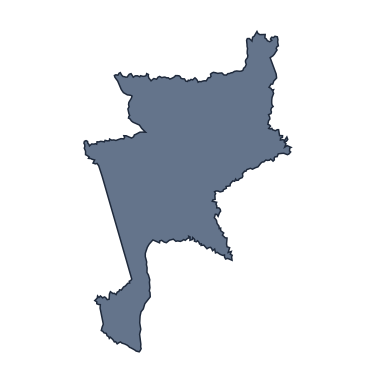 Soledade, Rio Grande do Sul, Brazil, rotated 342°
{"feature_id": "56859067B52528127445060", "entity_name": "Soledade", "entity_type": "district", "adm_level": 2, "iso_a3": "BRA", "parent_name": "Brazil", "parent_adm1": "Rio Grande do Sul", "projection": "robinson", "projection_center": [-52.521, -28.89], "detail": "fine", "context": "isolated", "style": "filled", "palette": "slate", "viewbox_px": 384, "rotation_deg": 342, "n_neighbors": 0, "source": "geoboundaries", "source_scale": "gbopen_adm2", "svg_char_len": 5724}
<svg xmlns="http://www.w3.org/2000/svg" viewBox="0 0 384 384"><g transform="rotate(342 192 192)"><path d="M285.1,151.1L286.8,147.9L288.6,146.7L289.0,144.8L288.7,142.1L291.4,141.8L292.3,140.4L292.3,138.3L293.8,136.4L295.6,135.8L295.0,133.7L295.3,132.0L296.2,129.3L297.3,126.9L300.1,123.4L300.0,121.2L301.2,119.9L299.5,119.6L299.1,117.8L297.6,116.2L299.3,114.9L300.4,113.8L302.1,114.3L304.1,111.7L306.0,110.7L307.7,109.7L308.5,105.8L307.8,88.4L311.0,87.5L313.0,86.3L315.0,84.6L316.8,83.2L316.4,81.6L317.6,80.1L319.3,79.7L319.5,78.0L319.8,75.8L320.8,73.7L321.1,70.8L319.0,69.5L317.3,70.3L315.5,69.4L313.9,70.8L314.7,72.4L312.4,73.1L310.4,71.4L310.0,69.5L308.9,67.9L310.3,64.8L305.2,63.3L303.7,61.6L303.4,59.4L299.2,63.1L297.5,63.5L295.7,67.0L293.9,63.7L292.0,63.2L290.8,64.6L290.3,66.9L289.9,68.8L289.4,70.4L289.2,72.6L288.0,75.2L287.3,77.4L287.3,79.3L286.5,81.1L285.5,82.0L284.3,82.7L283.3,83.9L283.0,85.4L283.1,87.4L281.3,89.4L279.3,90.3L278.3,91.8L276.6,92.3L274.8,92.0L273.2,91.3L271.9,90.7L269.6,90.4L267.4,91.0L266.1,90.7L264.4,90.9L262.7,90.5L260.9,91.4L258.6,90.6L257.2,88.0L254.7,87.4L253.2,87.2L251.0,85.7L249.3,84.8L247.7,85.0L246.0,85.6L245.8,87.9L244.4,88.8L242.8,88.3L241.1,89.7L239.9,90.7L238.0,90.0L236.2,89.8L234.7,89.9L233.2,89.2L231.7,89.5L231.6,87.7L231.0,85.9L230.1,84.3L228.7,84.9L227.3,85.6L225.8,84.6L224.2,85.3L223.0,84.5L222.0,85.5L220.4,84.7L219.8,82.1L218.0,81.4L216.7,80.5L216.4,78.7L215.6,77.5L214.3,76.9L212.3,76.2L211.0,77.0L209.5,77.4L207.5,77.7L205.8,77.7L204.7,76.0L203.2,75.6L201.7,74.3L200.2,74.0L198.6,73.9L196.9,72.1L195.2,72.3L193.2,73.8L190.8,72.3L189.0,72.9L187.4,73.6L186.9,72.1L186.2,70.4L186.2,68.2L186.9,66.8L185.5,65.4L184.2,67.2L182.2,67.2L180.8,66.7L179.0,65.5L177.9,66.3L176.0,64.6L173.9,64.0L171.6,64.7L171.2,62.9L170.6,60.6L168.8,60.6L167.3,61.5L166.2,62.6L164.7,62.4L163.3,61.4L162.0,60.8L161.2,59.0L160.7,56.3L159.4,56.5L157.6,58.0L155.8,57.0L154.2,57.2L154.1,58.8L154.6,60.5L155.6,63.5L156.4,72.7L157.5,76.3L160.5,79.6L163.6,81.1L164.6,82.2L163.4,84.0L159.7,87.2L158.7,89.1L158.5,91.5L156.7,93.2L156.2,98.1L156.4,99.9L155.3,100.6L154.4,102.1L155.5,103.1L156.4,105.8L157.6,107.5L162.7,112.1L163.8,115.9L166.3,120.8L163.6,119.8L160.9,119.0L156.3,119.8L154.8,119.9L153.5,121.5L151.2,122.0L146.8,118.2L144.6,117.4L144.8,119.2L143.5,120.4L141.0,119.3L139.1,119.3L137.1,119.4L135.6,119.5L133.7,118.3L131.6,117.9L130.0,116.2L129.3,117.7L127.4,117.3L125.3,116.0L124.2,117.2L120.9,115.6L118.7,115.5L117.2,114.9L116.1,117.1L115.0,116.2L113.6,116.2L111.4,115.3L108.7,116.5L108.7,114.9L108.0,113.6L108.3,111.6L107.1,110.4L105.3,110.6L104.3,112.2L104.6,113.9L104.2,115.5L103.1,117.0L103.4,120.2L102.3,123.6L103.5,124.8L105.0,126.9L103.9,128.0L106.0,128.9L107.1,130.0L109.3,131.4L106.8,133.9L108.8,135.4L110.5,135.5L111.4,138.3L111.4,149.3L111.0,161.0L109.2,215.5L108.8,226.7L108.5,236.7L107.8,256.2L106.5,257.2L104.7,257.5L104.6,259.3L102.6,259.0L99.7,260.8L97.5,261.2L94.5,263.5L92.9,262.6L91.7,264.0L90.0,264.1L88.1,266.1L86.8,264.3L85.4,264.1L83.6,261.6L81.9,263.6L80.1,268.3L78.1,268.2L77.2,265.6L76.2,264.7L74.3,265.1L72.8,262.6L70.9,263.6L70.1,261.7L69.0,263.7L66.0,265.2L67.5,267.0L66.9,268.8L68.2,270.0L70.0,270.8L68.7,274.0L66.8,290.3L64.8,292.7L62.9,295.7L64.2,297.1L64.7,298.7L66.8,300.0L66.8,302.4L68.1,303.9L68.1,305.7L69.5,304.9L71.2,308.0L71.8,310.6L73.1,310.7L73.9,313.3L75.9,312.7L77.7,312.5L78.7,314.1L80.9,315.6L82.9,317.5L83.9,318.9L84.6,320.4L85.8,321.4L87.0,322.7L88.7,324.5L89.6,325.9L90.8,326.7L92.4,327.7L93.6,326.9L95.2,325.3L95.3,323.5L96.3,321.0L98.2,311.1L100.9,306.7L101.8,300.4L104.3,293.9L106.5,290.2L109.6,288.1L112.6,283.7L119.9,278.8L121.0,274.6L120.8,272.9L122.4,270.0L123.6,264.6L124.7,262.5L124.9,257.5L124.3,254.6L125.9,250.1L126.2,247.0L127.3,244.5L127.6,239.0L128.7,235.8L132.5,230.7L135.2,228.3L140.0,225.5L145.4,230.3L146.3,228.5L148.2,228.6L150.0,231.0L151.9,232.3L155.6,230.9L159.7,231.1L161.4,233.9L163.3,234.1L165.7,235.4L167.7,235.2L169.5,234.7L170.6,235.9L173.6,234.7L175.0,234.8L175.2,233.1L176.3,234.2L175.1,237.3L177.8,237.3L178.6,235.6L179.8,237.9L179.1,239.5L180.7,240.7L182.2,240.1L183.1,242.0L183.1,243.8L184.8,244.2L184.1,245.6L186.8,246.2L188.7,250.6L190.8,250.1L192.6,250.4L193.2,252.1L193.4,254.2L195.9,253.3L195.5,257.2L197.3,257.1L199.5,260.0L201.5,261.7L203.4,262.0L202.8,263.6L203.2,266.1L205.4,266.2L209.0,269.3L209.6,266.0L210.7,264.6L209.2,263.1L211.0,260.7L207.7,260.7L210.6,256.6L208.4,254.9L208.8,252.1L211.1,246.6L209.4,245.8L207.6,242.4L209.5,240.8L207.3,237.6L208.1,235.2L206.6,235.3L207.1,232.8L206.1,229.7L206.5,226.7L206.1,225.2L205.3,223.4L207.3,220.4L208.7,220.9L209.3,223.2L211.8,220.1L213.3,219.1L213.5,217.2L212.7,215.4L210.6,214.7L211.3,213.0L211.1,210.9L212.3,209.4L208.4,207.1L209.4,206.0L211.7,206.2L212.8,202.0L214.0,200.9L213.5,198.7L215.3,198.5L217.1,199.2L218.7,200.6L221.7,200.8L222.6,199.5L225.8,199.1L226.1,197.3L230.1,197.9L231.1,195.9L234.2,194.1L235.9,195.0L237.5,193.2L237.9,194.7L239.8,195.1L241.0,194.1L244.2,193.8L245.2,192.7L245.7,190.0L247.1,189.4L248.3,188.4L249.7,188.9L251.1,187.6L252.9,187.6L254.8,187.5L256.6,189.0L259.8,188.5L262.5,188.5L266.3,185.9L268.1,185.2L269.6,185.6L272.2,184.4L273.3,185.2L275.4,185.7L276.9,185.0L277.9,186.3L278.6,187.7L280.2,186.9L280.7,185.0L281.9,184.2L283.9,184.7L285.8,182.4L287.2,182.6L289.7,183.1L291.4,183.6L292.7,184.7L294.3,186.0L295.9,185.8L298.2,184.4L297.4,183.2L298.5,180.5L300.0,180.2L296.8,177.3L294.0,178.0L296.3,175.2L295.2,173.0L297.5,172.9L299.3,171.6L299.2,169.0L295.9,171.5L294.6,170.3L292.1,169.9L292.9,168.2L294.9,168.0L295.5,166.4L292.7,165.4L293.6,159.5L292.3,159.1L290.2,159.5L287.9,157.7L287.6,156.1L286.1,156.3L284.6,155.3L287.0,153.6L286.4,152.3L285.1,151.1Z" fill="#64748b" stroke="#1e293b" stroke-width="1.5"/></g></svg>